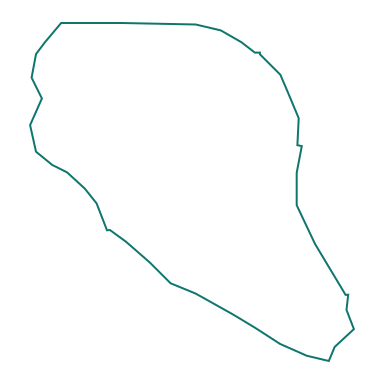 outline of Gnesta, Södermanland, Sweden
{"feature_id": "70781695B66296838510215", "entity_name": "Gnesta", "entity_type": "district", "adm_level": 2, "iso_a3": "SWE", "parent_name": "Sweden", "parent_adm1": "Södermanland", "projection": "mercator", "projection_center": [17.173, 59.086], "detail": "fine", "context": "isolated", "style": "outline", "palette": "teal", "viewbox_px": 384, "rotation_deg": 0, "n_neighbors": 0, "source": "geoboundaries", "source_scale": "gbopen_adm2", "svg_char_len": 627}
<svg xmlns="http://www.w3.org/2000/svg" viewBox="0 0 384 384"><path d="M259.9,52.6L254.8,52.6L241.5,42.3L220.8,30.4L195.7,24.5L121.8,23.0L61.1,23.0L60.9,23.3L44.9,42.3L36.0,54.1L31.6,77.7L41.9,98.5L30.1,125.1L36.0,151.7L52.3,165.0L67.1,172.4L84.8,188.6L96.6,203.4L107.0,230.3L109.9,230.0L126.2,241.9L149.9,262.6L170.6,283.3L195.7,293.6L232.7,314.3L254.8,327.6L280.0,343.9L306.6,355.7L328.8,361.0L334.7,346.9L353.9,329.1L346.5,309.9L348.2,294.7L345.6,294.9L315.0,243.9L296.7,205.2L296.7,172.7L301.8,146.1L297.4,145.2L298.7,118.2L288.2,93.1L280.4,74.8L260.0,54.4L259.9,52.6Z" fill="none" stroke="#0f766e" stroke-width="2"/></svg>